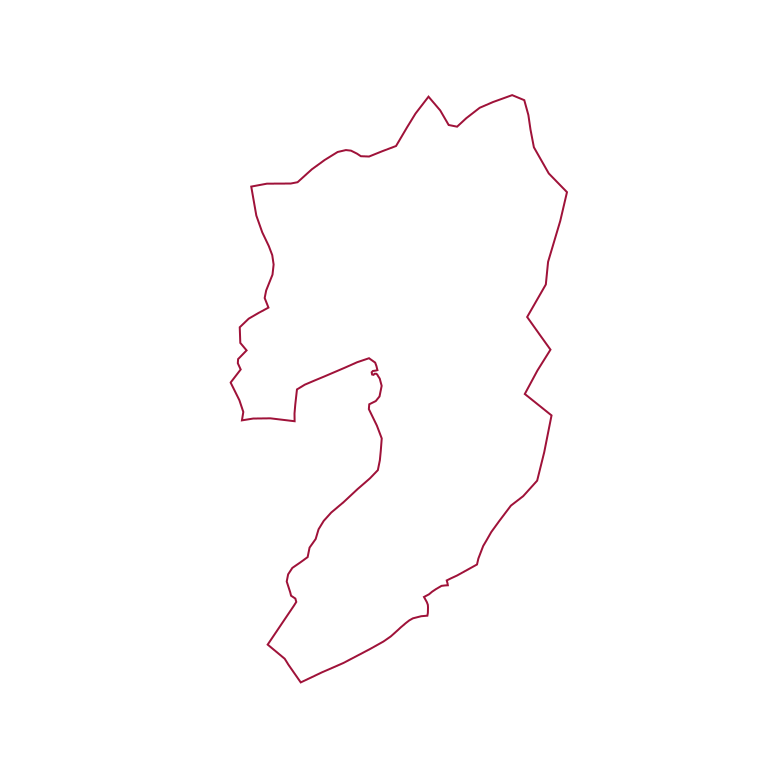 the district of Chanthabuly, Vientiane [prefecture], Laos, rotated 12°
{"feature_id": "54806243B69886470699230", "entity_name": "Chanthabuly", "entity_type": "district", "adm_level": 2, "iso_a3": "LAO", "parent_name": "Laos", "parent_adm1": "Vientiane [prefecture]", "projection": "mercator", "projection_center": [102.605, 17.997], "detail": "fine", "context": "isolated", "style": "outline", "palette": "rose", "viewbox_px": 768, "rotation_deg": 12, "n_neighbors": 0, "source": "geoboundaries", "source_scale": "gbopen_adm2", "svg_char_len": 2103}
<svg xmlns="http://www.w3.org/2000/svg" viewBox="0 0 768 768"><g transform="rotate(12 384 384)"><path d="M526.4,303.7L510.1,288.7L521.6,253.0L519.1,230.4L522.5,187.9L523.1,158.3L501.4,143.8L481.4,121.3L474.4,104.7L469.3,90.9L462.2,77.2L449.3,74.8L431.9,85.6L420.2,93.9L409.2,106.9L402.0,117.1L393.4,117.2L382.1,104.7L367.8,93.7L358.6,112.9L353.2,128.1L346.3,148.7L334.0,156.6L322.1,164.6L314.0,166.0L309.7,164.3L303.2,162.6L298.1,163.1L290.4,166.7L279.4,177.2L268.8,189.0L257.5,204.6L251.1,207.3L227.8,212.4L213.1,218.5L224.1,245.8L233.4,261.0L242.7,273.1L247.9,281.2L251.2,290.1L252.2,300.2L249.3,317.0L249.4,324.7L255.1,333.3L246.6,340.5L238.1,348.2L231.1,358.5L234.9,373.7L242.6,379.7L236.1,390.0L236.7,394.1L240.8,399.6L233.7,414.4L233.7,414.5L234.0,414.9L245.9,429.9L252.2,440.6L252.6,449.1L263.2,445.0L280.0,441.2L304.3,439.0L302.6,431.5L301.5,422.7L300.0,407.4L306.7,401.1L315.7,394.8L324.4,388.8L342.3,376.2L353.2,368.3L364.0,361.9L365.8,362.7L370.9,364.9L372.9,368.1L374.0,370.4L374.7,371.8L373.1,372.6L370.4,373.6L369.5,375.1L370.4,377.2L371.9,377.2L372.6,376.0L374.2,375.6L375.4,376.1L376.2,377.1L378.7,379.6L382.1,386.3L382.2,397.1L379.5,402.4L373.8,406.9L374.4,411.7L385.7,426.2L393.1,437.7L394.7,449.7L395.8,459.4L395.9,469.5L389.8,479.3L379.9,492.4L369.0,508.0L359.1,520.7L353.5,530.4L350.2,539.7L349.4,549.8L345.2,559.5L345.3,569.2L338.7,576.5L332.6,582.9L329.8,590.1L329.9,597.4L335.6,607.3L337.1,610.4L341.9,612.3L343.5,615.4L342.0,619.5L338.8,627.4L324.4,663.1L344.0,673.4L347.6,677.1L348.6,678.2L364.6,693.2L383.3,678.9L402.2,665.4L425.7,645.9L437.0,636.0L443.1,629.5L449.1,621.3L450.9,618.7L454.9,613.5L458.1,609.7L458.3,609.6L461.0,607.2L468.7,603.4L474.6,601.6L474.5,598.8L473.5,593.4L472.8,590.9L471.3,588.5L467.4,584.0L471.8,580.3L474.2,577.2L477.5,573.8L482.2,569.5L485.4,568.4L488.3,567.6L487.5,565.6L486.2,563.1L490.0,560.1L495.2,556.2L512.5,541.2L512.6,535.1L514.7,521.8L516.7,515.9L519.7,506.5L525.3,493.9L533.4,476.6L543.5,464.7L553.9,446.7L554.9,417.4L554.4,379.9L523.8,364.5L531.3,338.8L539.7,315.8L526.4,303.7Z" fill="none" stroke="#9f1239" stroke-width="2"/></g></svg>